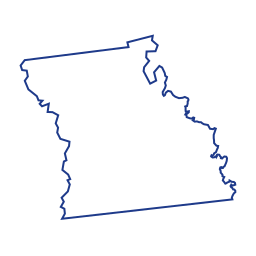 outline of Anderson, Texas, United States of America, rotated 182°
{"feature_id": "52423323B92486842041177", "entity_name": "Anderson", "entity_type": "district", "adm_level": 2, "iso_a3": "USA", "parent_name": "United States of America", "parent_adm1": "Texas", "projection": "orthographic", "projection_center": [-95.816, 31.794], "detail": "fine", "context": "isolated", "style": "outline", "palette": "blue", "viewbox_px": 256, "rotation_deg": 182, "n_neighbors": 0, "source": "geoboundaries", "source_scale": "gbopen_adm2", "svg_char_len": 2230}
<svg xmlns="http://www.w3.org/2000/svg" viewBox="0 0 256 256"><g transform="rotate(182 128 128)"><path d="M233.6,192.2L237.5,186.7L235.8,182.2L231.2,181.8L229.9,176.0L232.8,171.6L228.9,163.1L220.2,156.6L218.4,152.5L214.5,152.3L217.1,149.1L214.7,146.7L208.0,149.5L208.9,141.2L204.0,141.2L198.2,138.3L200.4,130.1L197.9,125.9L198.6,121.0L195.2,114.8L186.0,112.3L186.3,107.8L190.2,100.4L188.4,93.6L190.9,92.3L192.1,83.8L186.2,79.4L184.0,74.9L186.6,73.7L184.2,69.6L185.9,62.5L191.9,56.0L189.6,52.1L192.4,46.8L188.8,45.1L188.1,40.2L190.7,35.0L21.2,60.3L21.8,62.1L21.1,64.1L19.9,66.4L18.5,67.6L18.6,69.1L19.6,70.2L20.8,70.3L21.8,71.9L22.8,72.4L23.5,73.6L22.8,75.0L21.7,74.1L20.0,74.6L18.8,75.1L19.2,76.9L20.4,77.8L22.4,77.8L23.7,78.6L24.7,79.1L24.8,77.9L27.1,76.9L27.6,76.3L28.8,75.8L30.0,77.4L31.4,78.9L31.0,80.5L30.1,82.4L31.9,83.1L32.0,84.7L33.8,86.6L33.9,88.3L34.8,90.1L34.4,91.8L33.5,92.2L32.9,91.8L32.7,91.2L31.7,91.4L31.3,92.5L30.2,93.0L28.8,96.5L28.2,98.6L28.0,101.3L28.8,102.7L30.7,102.9L32.1,101.7L32.9,100.8L34.1,101.1L34.1,102.2L35.0,103.0L35.8,104.4L37.5,104.6L38.1,104.4L38.5,103.6L38.2,102.9L38.6,102.2L38.8,102.8L40.9,101.7L42.4,101.5L43.6,102.2L44.0,102.7L43.6,103.6L43.1,103.2L41.5,104.2L41.1,105.6L39.2,107.0L38.3,109.7L37.6,111.2L37.3,113.2L39.0,113.4L41.4,115.9L41.6,118.8L42.0,120.9L42.1,124.1L40.9,128.1L40.2,130.4L41.6,130.9L42.9,129.8L46.0,130.1L47.2,132.1L48.2,133.8L52.2,134.4L53.8,135.2L55.2,136.3L57.2,136.3L59.3,137.0L61.6,136.7L63.4,137.9L62.5,138.6L62.4,139.2L62.2,140.5L63.2,140.8L64.6,139.6L66.7,139.9L69.7,140.9L69.9,142.2L70.8,143.6L71.1,143.6L70.6,144.6L69.3,144.4L67.8,145.9L67.8,146.9L69.4,146.5L70.9,146.7L71.1,148.0L71.1,150.4L71.6,151.5L70.6,151.9L69.8,152.0L69.2,154.6L69.3,156.7L68.7,157.4L68.6,158.6L69.2,159.7L72.3,161.0L74.5,160.1L78.1,159.6L81.8,160.9L84.1,162.5L86.4,165.9L89.3,166.5L91.4,164.7L92.3,162.1L93.3,161.4L94.3,162.7L94.6,165.1L92.5,169.1L91.7,171.8L92.7,174.7L91.4,177.6L90.8,180.4L92.6,181.4L93.1,183.8L93.3,184.4L96.0,189.6L98.8,191.1L103.9,184.6L101.5,176.4L107.4,173.1L114.4,185.3L114.0,189.3L109.2,195.8L112.3,199.1L112.1,205.1L103.2,205.7L101.2,211.7L107.1,216.4L106.5,221.0L131.6,213.6L130.3,208.9L233.6,192.2Z" fill="none" stroke="#1e3a8a" stroke-width="2"/></g></svg>